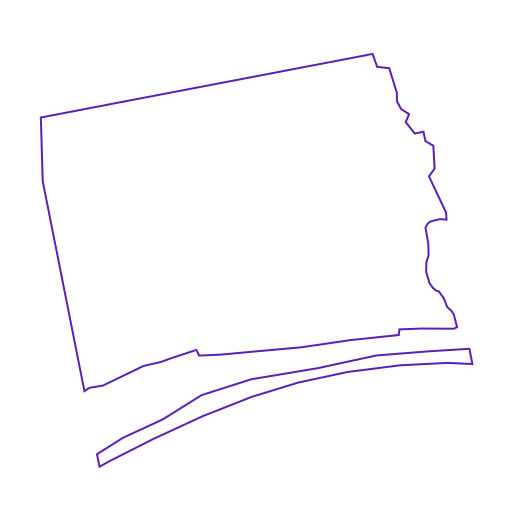 Kenedy, Texas, United States of America (orthographic projection), rotated 79°
{"feature_id": "52423323B29588841600752", "entity_name": "Kenedy", "entity_type": "district", "adm_level": 2, "iso_a3": "USA", "parent_name": "United States of America", "parent_adm1": "Texas", "projection": "orthographic", "projection_center": [-97.553, 26.941], "detail": "fine", "context": "isolated", "style": "outline", "palette": "violet", "viewbox_px": 512, "rotation_deg": 79, "n_neighbors": 0, "source": "geoboundaries", "source_scale": "gbopen_adm2", "svg_char_len": 1024}
<svg xmlns="http://www.w3.org/2000/svg" viewBox="0 0 512 512"><g transform="rotate(79 256 256)"><path d="M355.9,450.2L353.6,444.8L354.0,431.0L342.5,387.5L341.9,369.9L340.3,359.8L336.8,332.5L342.9,330.8L346.1,309.4L349.7,273.4L354.2,229.7L356.6,178.9L360.8,130.9L355.4,129.2L358.8,107.4L365.1,75.8L364.2,72.2L351.0,73.0L346.8,74.8L342.5,78.1L333.3,79.7L325.7,83.3L324.2,85.9L320.8,88.6L315.7,90.9L304.1,92.0L294.8,90.0L288.4,86.5L284.0,85.7L276.5,84.5L260.6,84.2L257.5,81.9L255.4,78.4L254.9,68.3L256.7,62.1L249.7,61.1L210.8,71.0L204.4,64.0L181.6,60.9L175.5,67.8L166.0,67.9L166.1,76.8L153.1,83.5L146.0,78.6L139.5,85.5L131.1,88.1L122.5,86.6L97.1,89.4L93.4,101.0L79.9,103.0L79.2,346.8L79.0,440.8L93.2,443.1L141.9,451.1L355.9,450.2ZM433.0,449.8L429.7,439.9L416.1,392.1L403.0,338.6L393.5,287.5L388.3,238.6L387.3,188.3L390.8,135.3L397.4,88.8L403.3,64.2L387.8,64.2L382.5,104.9L376.6,156.9L377.9,216.6L376.1,284.1L382.2,336.0L398.6,378.7L409.0,421.1L420.2,449.9L433.0,449.8Z" fill="none" stroke="#5b21b6" stroke-width="2"/></g></svg>